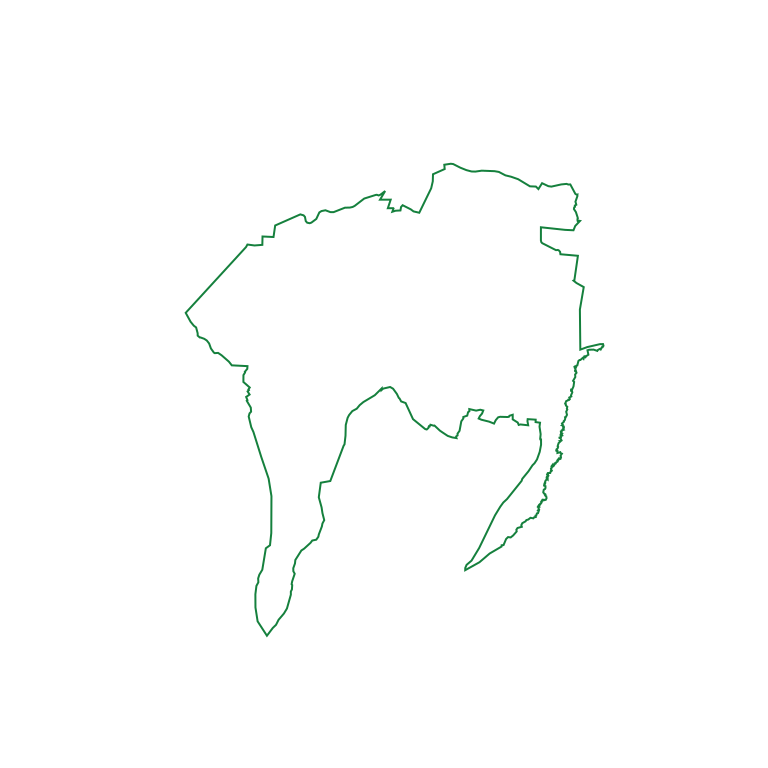 the district of Draganesti, Bihor, Romania, rotated 127°
{"feature_id": "2599482B33118901585448", "entity_name": "Draganesti", "entity_type": "district", "adm_level": 2, "iso_a3": "ROU", "parent_name": "Romania", "parent_adm1": "Bihor", "projection": "equal_earth", "projection_center": [22.416, 46.641], "detail": "fine", "context": "isolated", "style": "outline", "palette": "green", "viewbox_px": 768, "rotation_deg": 127, "n_neighbors": 0, "source": "geoboundaries", "source_scale": "gbopen_adm2", "svg_char_len": 6166}
<svg xmlns="http://www.w3.org/2000/svg" viewBox="0 0 768 768"><g transform="rotate(127 384 384)"><path d="M446.5,585.2L450.7,575.9L451.9,571.0L451.9,568.1L455.6,563.4L457.5,561.9L457.7,559.1L457.3,558.7L456.1,554.8L455.9,551.7L456.9,548.0L459.8,543.6L461.3,538.8L461.2,537.7L459.0,535.2L458.8,531.0L459.5,521.3L460.7,516.8L451.9,503.8L454.2,502.3L458.0,502.5L458.4,501.9L461.5,501.6L467.0,497.5L467.6,489.1L470.0,489.0L470.2,488.2L472.0,488.5L473.3,485.0L477.3,486.3L479.1,483.3L480.0,483.5L483.0,476.2L486.1,473.5L488.4,473.7L491.4,472.5L498.4,464.0L500.9,459.4L516.0,438.3L529.0,419.2L541.3,406.4L570.9,384.3L581.4,378.0L586.3,379.5L605.6,369.4L611.3,368.8L615.0,367.5L618.0,365.0L622.0,364.4L629.3,360.2L639.8,352.2L649.6,342.1L655.5,326.0L645.7,326.0L641.3,325.3L635.7,326.3L627.6,325.8L621.7,326.4L608.3,331.6L605.8,333.5L603.5,333.9L599.8,336.3L599.5,337.3L596.8,338.6L589.3,341.1L588.1,343.7L585.7,345.6L580.9,347.1L577.9,348.9L566.7,349.8L563.6,348.7L555.1,347.1L552.2,347.1L549.1,344.4L545.5,344.5L543.4,345.5L535.1,347.9L532.5,349.2L528.7,349.8L524.2,355.4L520.1,359.6L513.7,367.9L500.9,375.1L493.8,368.5L457.6,379.1L456.0,379.2L448.5,383.6L439.7,389.9L432.9,392.7L429.8,393.2L424.7,393.0L420.1,390.9L415.5,390.7L410.8,389.6L398.5,384.6L389.0,383.2L390.3,382.3L388.2,381.9L382.7,377.3L382.3,373.9L384.2,367.7L386.2,363.8L386.2,362.9L387.6,359.8L386.2,355.3L394.6,339.7L395.2,324.0L394.6,322.5L392.4,322.1L390.8,322.7L390.5,322.0L388.6,322.4L387.4,319.2L386.8,318.7L387.6,311.3L387.5,308.7L387.1,301.9L385.6,297.4L383.6,293.6L383.0,294.6L382.3,294.8L380.8,294.3L379.4,295.4L375.9,295.5L367.3,299.8L363.8,299.9L362.6,300.8L359.2,298.5L355.9,299.9L354.4,299.4L352.7,300.8L349.8,294.4L346.6,291.6L345.4,288.8L348.6,287.9L352.0,288.1L354.6,287.6L353.9,284.7L350.8,277.4L349.4,272.3L345.6,273.0L341.9,272.8L340.3,271.5L335.9,265.3L335.0,264.5L333.9,264.7L331.1,262.7L334.8,259.9L334.3,254.0L335.6,251.8L334.2,250.7L330.2,244.0L327.3,247.1L325.6,248.1L321.2,241.4L323.2,240.0L321.0,236.1L324.5,234.1L329.8,228.7L333.9,226.2L334.2,225.7L333.8,225.2L338.0,222.0L344.5,218.8L352.2,216.4L356.7,216.1L359.5,216.5L366.8,216.1L376.5,216.5L378.5,215.8L401.9,216.5L406.8,217.4L412.0,217.3L422.1,216.3L457.7,209.3L472.4,207.8L478.7,209.2L482.0,208.4L483.8,207.1L468.9,200.5L455.8,197.6L443.1,192.3L442.0,193.0L440.7,191.6L434.3,193.2L431.6,192.8L430.3,190.5L427.2,189.7L421.9,189.3L420.7,190.6L418.6,190.7L415.1,188.0L414.1,189.4L411.9,189.8L408.5,188.3L407.0,188.4L405.4,187.2L402.7,186.5L401.4,183.9L399.9,183.8L399.0,182.8L398.0,183.7L397.5,183.2L395.4,184.0L394.5,183.3L391.7,184.2L392.1,184.9L390.8,184.9L390.7,185.4L389.7,186.0L389.6,187.2L388.9,187.3L388.2,187.3L388.1,186.5L387.2,187.4L386.6,187.3L386.8,186.8L383.9,186.8L383.4,187.0L383.5,187.6L381.0,187.8L380.3,186.7L381.2,186.8L379.1,185.1L377.3,185.5L376.0,186.9L376.2,187.6L375.7,188.9L375.0,188.8L375.0,190.8L374.6,191.7L372.2,192.8L370.8,192.2L369.8,192.5L368.4,193.6L368.8,195.0L367.5,195.7L366.9,195.3L366.1,195.6L366.2,196.1L364.0,196.8L361.8,196.6L361.8,195.8L360.5,196.8L361.4,197.3L360.6,198.0L358.8,198.2L358.9,197.5L358.3,197.5L357.7,198.5L358.2,198.5L358.1,199.3L356.6,199.6L355.0,197.7L352.9,198.5L353.1,198.0L352.6,197.8L352.1,197.9L352.0,198.7L351.0,199.8L349.9,199.6L349.0,200.7L347.6,200.7L348.1,200.3L348.1,199.4L347.7,199.2L346.4,199.3L346.7,199.8L346.5,200.3L344.2,199.1L343.8,199.7L341.6,198.7L339.9,199.0L340.2,199.6L338.1,199.5L338.5,198.7L337.6,198.0L336.0,198.5L334.9,199.9L332.6,200.0L332.9,201.5L332.4,202.2L334.7,204.0L332.9,205.3L332.9,205.7L333.5,205.6L333.6,206.3L332.4,206.9L331.0,206.6L329.4,207.1L329.2,207.9L326.1,209.0L323.3,208.5L323.4,209.1L322.2,208.3L321.1,210.3L321.5,211.3L321.2,211.6L320.0,210.7L319.3,211.4L317.8,210.6L317.4,211.4L318.5,211.7L318.4,212.4L317.0,212.8L316.2,212.3L316.1,213.6L315.5,214.2L314.7,213.7L314.2,214.1L312.5,213.0L312.4,214.0L311.2,213.8L310.2,214.3L309.9,214.7L310.5,215.1L309.6,216.1L309.9,217.0L308.9,216.8L308.4,218.1L305.8,217.6L305.4,218.1L304.0,217.9L302.3,218.6L301.6,219.4L300.9,218.9L298.5,219.3L296.5,221.8L294.0,222.3L293.7,223.1L291.9,223.9L291.7,225.8L290.6,226.7L290.7,227.5L288.0,228.2L286.5,227.3L285.7,227.4L285.3,226.6L284.2,226.5L283.3,227.9L281.2,226.9L280.6,227.8L277.3,228.6L276.5,229.6L276.9,230.4L276.2,231.1L275.7,231.2L275.3,230.4L271.9,231.2L267.9,233.4L267.7,234.9L263.3,235.4L261.4,237.1L259.2,237.0L258.5,238.0L258.8,239.0L258.3,239.5L257.6,239.2L256.9,240.3L255.6,240.6L256.2,241.5L255.6,242.3L254.8,242.0L254.5,241.1L253.5,241.3L252.8,240.8L248.6,242.6L247.2,242.3L246.6,241.6L243.6,241.0L243.8,239.8L241.5,240.7L240.8,240.2L240.8,239.4L241.6,239.5L241.5,239.2L240.1,239.3L237.6,238.4L234.6,241.8L233.2,240.8L230.4,237.3L229.2,233.6L228.5,233.8L226.2,232.8L225.7,232.5L225.9,231.7L222.9,232.1L222.8,231.6L221.4,231.7L220.3,233.1L222.2,235.5L232.2,243.9L238.4,247.9L206.6,272.4L186.4,282.8L187.5,290.9L187.4,294.9L186.4,294.5L164.9,306.3L174.2,321.2L172.5,322.9L172.1,324.7L172.3,325.8L173.6,327.2L176.3,342.4L176.0,343.8L174.9,345.1L164.4,353.0L151.9,332.1L147.2,325.2L142.7,326.4L135.8,325.6L136.3,326.6L137.4,327.1L137.2,327.6L135.8,328.8L135.0,328.9L134.3,329.8L131.2,334.2L130.0,337.6L128.5,338.4L127.5,338.1L126.6,339.0L125.1,338.3L123.2,340.8L117.6,342.6L116.3,343.5L116.8,343.8L117.0,345.6L112.5,355.3L113.8,356.9L114.3,358.6L118.0,362.6L125.6,369.1L127.1,371.8L128.5,378.6L135.4,378.0L134.9,381.5L138.3,386.4L139.7,400.1L142.0,407.3L144.3,412.6L145.5,419.9L147.5,423.8L154.8,434.3L159.4,438.9L161.6,442.0L163.6,446.9L165.3,453.2L166.7,461.1L167.9,463.2L172.6,467.8L175.8,464.9L187.0,471.1L192.8,467.0L199.3,464.1L226.0,458.9L228.4,464.3L228.4,467.7L230.0,476.7L232.4,476.9L235.5,475.3L238.6,479.0L241.4,481.0L238.1,482.0L238.0,482.4L241.3,486.7L232.8,489.6L239.2,498.1L229.2,499.2L235.0,500.8L236.6,501.7L237.2,503.6L238.0,504.4L247.8,511.4L259.4,514.6L261.5,515.6L263.6,517.4L266.7,521.3L277.1,527.7L279.0,530.3L280.5,535.3L283.5,538.0L285.9,538.9L292.9,537.4L298.8,539.1L300.3,540.1L301.4,542.4L301.0,544.5L298.1,547.7L297.7,549.7L298.9,552.9L322.9,566.3L333.1,560.7L339.3,569.8L346.1,564.9L351.3,570.8L354.8,577.0L357.7,576.6L446.5,585.2Z" fill="none" stroke="#15803d" stroke-width="2"/></g></svg>